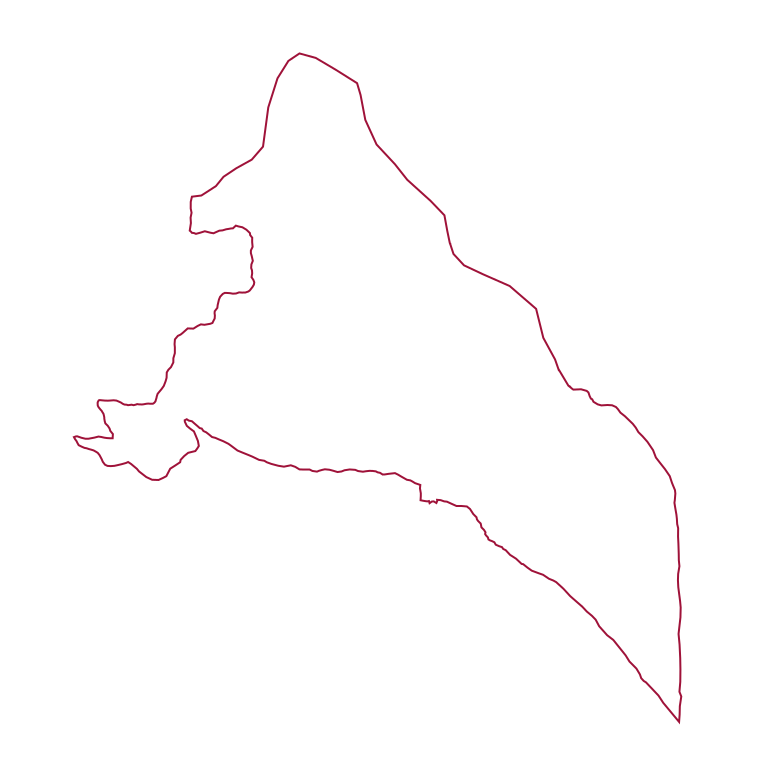 outline of Kigoma Urban, Kigoma, United Republic of Tanzania, rotated 2°
{"feature_id": "72390352B17759889395693", "entity_name": "Kigoma Urban", "entity_type": "district", "adm_level": 2, "iso_a3": "TZA", "parent_name": "United Republic of Tanzania", "parent_adm1": "Kigoma", "projection": "mercator", "projection_center": [29.65, -4.894], "detail": "fine", "context": "isolated", "style": "outline", "palette": "rose", "viewbox_px": 768, "rotation_deg": 2, "n_neighbors": 0, "source": "geoboundaries", "source_scale": "gbopen_adm2", "svg_char_len": 5353}
<svg xmlns="http://www.w3.org/2000/svg" viewBox="0 0 768 768"><g transform="rotate(2 384 384)"><path d="M185.5,203.5L184.5,208.7L184.7,215.4L185.7,219.6L184.9,224.5L185.4,229.9L184.5,237.5L185.8,238.5L186.7,239.6L188.9,239.8L190.8,240.5L195.1,239.2L199.6,237.6L205.4,238.9L208.4,239.3L210.8,238.1L214.1,236.5L217.3,236.1L220.8,234.9L223.4,234.4L225.6,233.9L227.6,233.7L230.4,230.9L233.0,231.6L237.0,232.3L241.1,234.6L244.7,237.8L245.1,239.9L247.2,242.4L247.2,244.3L247.3,246.9L247.9,251.5L246.3,255.2L246.4,257.9L247.3,260.6L248.6,265.5L247.3,269.1L247.2,272.7L248.1,275.0L248.4,278.0L247.9,281.9L249.8,284.5L250.8,286.9L250.5,289.2L249.2,291.6L246.6,295.2L245.2,296.3L242.3,297.4L238.9,297.6L236.0,297.5L233.0,298.7L229.8,299.0L226.9,298.6L224.3,298.5L221.7,298.5L219.7,299.6L217.2,302.5L216.1,305.4L215.0,311.0L214.8,313.7L212.3,317.2L212.2,319.1L212.6,321.5L212.5,324.5L211.5,326.5L210.4,329.0L208.2,329.9L202.5,331.1L198.9,330.8L195.7,332.5L191.6,335.3L185.9,335.3L180.9,340.1L179.0,341.7L176.3,343.1L173.5,346.7L173.3,351.5L173.7,354.6L173.9,360.5L172.6,365.6L172.7,369.8L170.5,374.6L168.0,377.3L166.5,380.0L166.5,385.4L165.6,389.0L164.0,393.6L161.9,396.8L158.1,401.7L157.3,404.5L157.1,405.9L156.7,407.3L156.2,409.3L155.1,410.8L153.7,411.8L151.3,411.9L149.2,411.8L147.4,412.0L144.3,412.7L142.8,412.9L141.2,412.9L139.5,412.9L138.0,412.7L136.9,413.2L134.5,413.9L132.5,413.5L128.9,414.1L127.6,413.7L125.3,413.6L123.6,412.9L121.7,411.7L119.0,410.6L117.2,409.9L114.3,409.7L111.7,410.0L109.8,410.2L108.4,410.3L107.0,410.3L105.5,410.3L103.5,410.2L100.4,410.0L99.5,410.3L99.1,411.0L98.5,412.3L98.5,413.7L98.7,415.6L99.6,417.2L101.6,419.5L102.8,420.7L103.7,422.2L104.6,423.4L105.1,425.0L105.6,427.0L105.7,428.6L106.0,429.8L106.1,430.6L106.9,433.1L109.4,435.4L111.3,438.1L112.1,440.4L114.8,443.5L114.7,447.7L112.8,447.8L109.1,447.7L106.3,447.4L103.2,446.8L100.5,446.5L96.4,447.7L90.6,449.0L87.4,449.1L83.5,448.3L79.3,447.0L78.0,447.1L76.0,447.9L77.1,449.8L78.7,451.8L79.6,453.5L81.0,455.8L84.1,457.2L86.9,458.3L89.0,458.6L91.3,459.3L93.5,459.8L96.1,460.5L98.6,461.8L100.3,462.8L102.2,465.0L104.5,469.0L105.7,471.6L108.0,474.4L110.5,475.5L113.8,475.6L117.4,475.2L119.8,474.6L124.6,473.3L129.0,471.9L131.0,470.9L134.1,472.8L140.0,477.4L142.2,479.9L149.7,485.3L155.6,487.8L162.0,487.8L166.4,485.6L169.7,483.7L173.3,476.1L178.1,472.8L183.0,469.3L183.4,466.9L186.8,463.0L190.7,459.6L197.8,457.6L199.6,455.0L201.1,452.4L200.0,447.4L197.7,442.3L195.7,438.0L191.7,435.3L188.4,432.7L186.3,428.7L186.1,427.2L188.1,426.1L190.2,427.4L193.3,427.9L196.0,430.1L199.0,432.5L201.4,434.5L203.4,434.9L205.2,437.3L208.0,438.5L210.9,440.6L214.0,443.0L217.3,443.7L220.8,445.1L225.4,446.8L230.6,449.2L233.3,451.0L239.9,455.6L244.7,457.4L251.3,459.8L255.0,461.2L261.8,464.2L267.1,464.9L269.6,466.3L274.2,467.8L281.2,469.4L286.9,470.1L293.7,468.5L298.2,469.9L302.5,472.3L306.9,472.3L312.7,472.1L315.5,473.4L320.1,473.9L322.1,473.0L325.2,472.0L327.9,471.3L332.5,471.6L336.4,472.5L340.6,473.6L344.6,472.9L347.5,471.6L352.7,470.6L358.3,470.8L361.1,471.9L366.0,472.4L369.1,471.8L372.6,471.3L375.7,471.3L378.9,471.6L380.7,472.5L383.1,472.9L385.8,474.5L387.7,474.4L391.9,473.6L398.1,472.7L401.2,474.1L404.3,475.8L410.2,478.9L413.7,479.4L415.9,480.5L418.5,482.0L423.8,483.6L423.6,487.1L424.6,491.9L424.7,494.7L424.6,498.9L427.1,499.3L429.3,499.6L431.4,499.8L433.0,499.4L433.7,501.5L435.9,499.8L437.8,499.6L440.5,501.1L441.3,499.0L441.1,497.9L444.7,498.1L448.2,499.2L451.0,499.4L454.8,501.0L460.7,503.4L465.3,503.2L471.1,503.5L474.3,505.9L477.8,510.9L481.1,514.0L481.6,516.0L482.9,517.7L485.5,520.1L486.0,522.1L486.4,523.9L489.0,526.3L490.6,528.7L490.3,530.4L491.2,531.7L493.2,533.7L493.8,535.7L495.4,536.6L497.3,537.2L499.8,538.3L501.3,540.7L504.8,542.1L507.6,542.9L508.9,544.7L511.4,545.8L516.0,550.4L518.4,551.8L522.1,554.0L527.8,559.0L529.4,559.2L533.8,562.5L538.2,565.4L545.4,567.8L549.6,569.1L555.7,572.9L560.1,574.5L563.0,576.0L570.4,582.3L577.4,589.4L580.3,591.8L590.0,599.7L594.6,604.3L600.0,608.5L603.8,612.2L607.5,618.6L615.8,627.3L622.1,631.8L634.9,646.7L639.0,652.8L646.2,659.6L649.9,665.3L651.3,669.0L653.9,671.7L656.2,673.0L669.2,685.8L674.2,692.9L690.7,711.4L691.0,704.2L690.9,695.6L692.0,685.9L690.0,681.3L690.5,671.3L690.2,658.9L689.6,647.6L688.5,634.3L687.1,623.5L688.4,606.9L688.3,597.0L687.5,590.7L685.2,576.8L684.6,569.8L684.6,563.5L685.6,555.8L684.8,549.8L684.5,543.6L683.8,533.3L683.2,526.2L683.0,517.8L681.9,513.8L681.4,508.5L680.8,504.4L679.5,498.2L678.4,492.6L678.7,489.8L679.0,483.3L678.5,479.9L676.3,475.1L675.2,472.6L672.8,466.1L667.8,459.3L662.8,453.4L658.3,448.0L655.2,440.7L649.3,432.6L644.3,427.3L639.9,423.2L637.1,418.8L634.0,415.1L625.9,407.8L621.3,404.4L618.6,400.9L616.6,398.9L612.7,397.3L608.0,397.2L602.0,397.8L598.3,396.9L594.0,394.5L592.6,392.0L591.3,391.4L590.0,389.0L588.6,385.3L586.8,383.8L581.1,382.4L573.4,383.0L572.2,382.2L571.3,381.5L570.0,380.2L569.9,380.4L568.3,379.2L558.1,363.4L558.0,363.5L554.1,353.5L541.6,332.3L533.4,303.6L506.2,281.7L478.9,270.8L459.8,262.6L448.9,251.6L445.3,241.8L445.3,241.7L445.2,241.7L444.8,240.7L441.9,228.8L438.5,213.3L424.2,199.4L400.1,179.1L387.2,163.9L368.2,144.9L356.1,120.7L350.5,96.0L346.6,84.3L325.1,71.8L304.4,60.5L288.0,56.6L277.2,64.4L266.9,82.2L258.7,111.6L254.8,151.0L244.0,164.4L228.9,173.5L216.4,182.5L209.1,192.1L194.9,202.0L185.5,203.5Z" fill="none" stroke="#9f1239" stroke-width="2"/></g></svg>